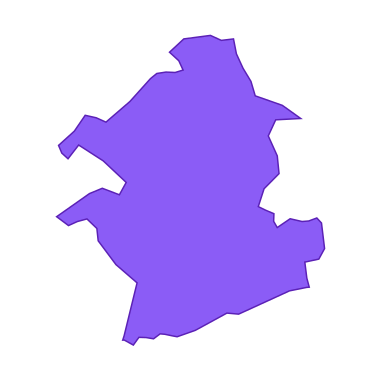 SVG path tracing the border of Hîncesti, rotated 275°
{"feature_id": "MDA-1639", "entity_name": "Hîncesti", "entity_type": "District", "adm_level": 1, "iso_a3": "MDA", "parent_name": "Moldova", "parent_adm1": "", "projection": "natural_earth1", "projection_center": [28.404, 46.831], "detail": "fine", "context": "isolated", "style": "filled", "palette": "violet", "viewbox_px": 384, "rotation_deg": 275, "n_neighbors": 0, "source": "natural_earth", "source_scale": "10m", "svg_char_len": 1055}
<svg xmlns="http://www.w3.org/2000/svg" viewBox="0 0 384 384"><g transform="rotate(275 192 192)"><path d="M47.0,184.8L47.9,177.3L47.9,172.6L42.4,166.5L43.0,159.0L42.6,151.8L34.4,146.9L38.6,137.4L38.4,135.9L42.8,136.9L96.7,145.2L113.0,122.6L135.2,102.8L147.4,100.4L156.0,89.7L152.6,80.4L147.8,71.9L155.6,59.3L181.5,90.0L187.9,102.3L182.9,119.9L195.8,125.6L215.3,100.8L228.9,75.0L214.3,65.6L219.4,58.9L226.8,55.0L242.4,69.5L259.1,78.9L257.6,90.1L254.1,100.2L276.8,122.3L301.4,140.8L307.0,146.6L309.2,155.6L309.6,164.8L312.7,172.5L321.6,167.4L329.3,157.4L343.8,170.5L349.6,196.7L345.6,208.0L348.1,220.0L333.5,224.2L319.8,232.0L307.3,241.1L293.3,246.6L286.2,274.4L274.7,293.9L271.2,269.1L254.5,263.1L235.4,273.8L217.9,277.1L201.5,263.5L183.2,259.3L180.3,266.9L177.5,275.5L169.9,275.9L164.0,280.0L173.9,292.1L172.2,304.2L173.3,310.8L177.0,318.6L172.4,323.7L147.2,329.0L136.2,324.2L132.0,310.5L116.2,313.9L107.4,317.1L107.0,314.7L102.0,297.7L74.4,249.1L74.4,237.3L54.5,207.4L46.5,189.8L47.0,184.8Z" fill="#8b5cf6" stroke="#5b21b6" stroke-width="1.5"/></g></svg>